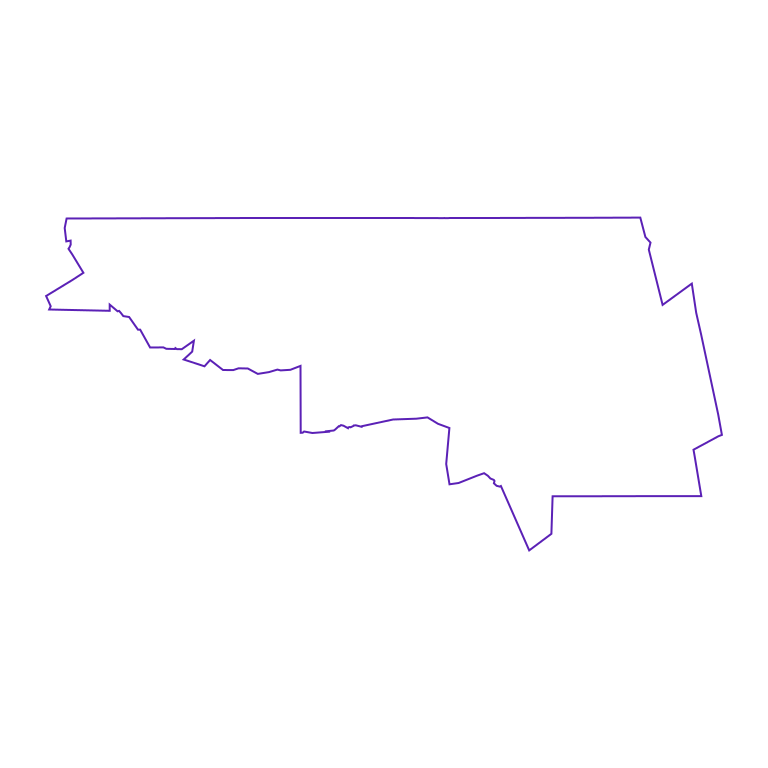 Naco, Sonora, Mexico
{"feature_id": "50627088B11700552359479", "entity_name": "Naco", "entity_type": "district", "adm_level": 2, "iso_a3": "MEX", "parent_name": "Mexico", "parent_adm1": "Sonora", "projection": "orthographic", "projection_center": [-110.037, 31.187], "detail": "fine", "context": "isolated", "style": "outline", "palette": "violet", "viewbox_px": 768, "rotation_deg": 0, "n_neighbors": 0, "source": "geoboundaries", "source_scale": "gbopen_adm2", "svg_char_len": 1731}
<svg xmlns="http://www.w3.org/2000/svg" viewBox="0 0 768 768"><path d="M640.3,217.6L584.6,217.8L526.2,217.9L487.2,218.0L471.7,218.0L471.3,218.0L453.3,218.0L452.8,218.0L452.0,218.0L450.9,218.0L449.7,218.0L448.5,218.1L447.3,218.1L446.1,218.1L444.6,218.1L444.3,218.0L443.6,218.1L442.9,218.1L442.3,218.1L441.0,218.1L439.2,218.1L438.9,218.1L402.3,218.0L300.2,218.0L266.0,218.0L252.1,218.0L66.9,218.5L66.6,218.5L64.7,228.0L66.3,241.4L70.6,240.6L70.7,244.6L69.6,247.1L68.5,248.8L72.3,254.5L83.4,272.8L72.2,280.1L46.1,296.0L50.7,306.2L49.2,309.5L62.7,309.8L72.1,310.0L109.7,310.8L109.7,304.6L117.6,311.3L119.1,310.9L121.0,313.1L123.3,316.1L129.1,317.0L138.0,329.7L140.2,329.7L150.1,347.5L163.4,347.4L166.3,348.8L175.0,349.0L175.4,348.1L176.8,349.1L181.8,349.2L193.9,340.7L192.2,351.6L183.7,359.5L204.5,366.3L210.1,360.0L223.0,370.0L233.2,370.1L238.6,368.3L247.8,368.5L257.8,373.9L269.0,372.1L277.4,369.6L280.7,370.4L290.4,369.8L300.5,365.9L300.7,432.8L302.7,432.7L304.1,431.5L312.4,433.0L327.9,431.8L327.1,431.2L333.8,430.5L335.1,429.6L338.8,426.2L339.3,426.4L341.0,425.1L343.5,425.7L348.0,428.2L348.3,427.4L349.9,427.0L350.6,427.3L353.5,425.9L353.7,425.5L355.8,425.3L361.7,426.8L361.9,426.2L393.1,419.5L416.3,418.7L425.0,417.7L427.5,417.4L429.8,418.8L438.0,423.8L449.4,428.0L446.2,464.0L449.5,484.3L458.6,483.0L477.0,475.7L484.1,473.2L487.9,475.8L490.4,478.5L493.8,479.9L494.5,481.0L493.9,483.3L496.6,485.8L499.8,486.6L500.9,486.0L510.1,506.9L529.2,550.4L551.4,533.8L552.6,496.3L627.4,496.2L652.2,496.1L657.9,496.1L701.3,496.1L694.6,455.9L693.5,449.7L718.3,436.3L721.9,434.9L718.2,414.5L701.1,334.4L696.2,312.8L691.8,283.6L662.6,304.9L648.8,249.6L650.5,242.6L645.4,237.0L640.3,217.6Z" fill="none" stroke="#5b21b6" stroke-width="2"/></svg>